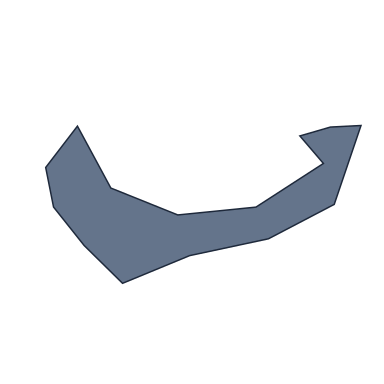 the Territory of Lord Howe Island, rotated 104°
{"feature_id": "AUS-2659", "entity_name": "Lord Howe Island", "entity_type": "Territory", "adm_level": 1, "iso_a3": "AUS", "parent_name": "Australia", "parent_adm1": "", "projection": "orthographic", "projection_center": [159.073, -31.556], "detail": "fine", "context": "isolated", "style": "filled", "palette": "slate", "viewbox_px": 384, "rotation_deg": 104, "n_neighbors": 0, "source": "natural_earth", "source_scale": "10m", "svg_char_len": 355}
<svg xmlns="http://www.w3.org/2000/svg" viewBox="0 0 384 384"><g transform="rotate(104 192 192)"><path d="M86.6,44.1L169.6,51.0L218.9,106.5L254.3,178.9L297.4,237.3L270.0,283.7L240.1,322.7L203.6,339.9L155.8,319.1L207.8,271.7L217.7,200.3L191.2,126.3L132.5,71.4L111.5,100.9L95.5,73.4L86.6,44.1Z" fill="#64748b" stroke="#1e293b" stroke-width="1.5"/></g></svg>